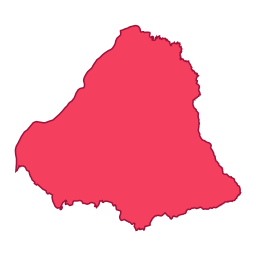 outline of Uruguaiana, Rio Grande do Sul, Brazil
{"feature_id": "56859067B5224515262933", "entity_name": "Uruguaiana", "entity_type": "district", "adm_level": 2, "iso_a3": "BRA", "parent_name": "Brazil", "parent_adm1": "Rio Grande do Sul", "projection": "equal_earth", "projection_center": [-56.694, -29.802], "detail": "fine", "context": "isolated", "style": "filled", "palette": "rose", "viewbox_px": 256, "rotation_deg": 0, "n_neighbors": 0, "source": "geoboundaries", "source_scale": "gbopen_adm2", "svg_char_len": 5827}
<svg xmlns="http://www.w3.org/2000/svg" viewBox="0 0 256 256"><path d="M179.6,46.6L179.5,45.6L180.0,44.8L179.7,43.4L179.2,43.8L178.7,43.0L177.4,43.6L177.4,42.5L176.3,43.4L175.5,43.6L174.7,43.1L174.3,42.4L173.8,43.2L173.1,43.2L171.8,43.6L171.5,45.2L170.6,45.4L170.5,44.7L170.0,43.8L169.6,41.8L168.9,41.6L168.0,40.9L166.9,39.4L166.2,39.2L166.2,40.1L165.7,39.7L165.3,38.4L163.7,38.5L162.5,38.1L162.1,39.0L161.4,39.3L160.5,38.1L160.1,38.6L159.6,38.6L159.5,36.0L157.6,36.9L156.9,38.0L156.6,37.0L156.2,38.1L155.6,37.6L155.3,38.2L155.1,39.0L155.2,39.8L154.8,40.3L153.2,40.2L153.0,39.1L152.3,39.7L152.0,38.0L152.4,37.4L153.3,37.9L153.4,37.0L152.6,36.4L152.0,36.4L151.1,37.4L150.5,37.2L149.9,36.7L149.6,36.0L149.6,35.3L150.0,33.6L149.8,32.5L147.4,32.2L144.4,32.4L143.5,31.7L141.2,32.0L140.6,31.6L140.0,28.9L139.0,27.1L138.2,26.3L136.6,25.7L135.1,25.6L129.8,26.9L127.4,28.3L125.8,28.6L122.2,30.2L120.5,30.6L120.5,31.7L120.8,33.0L120.5,35.1L117.1,38.1L115.8,40.8L115.5,42.5L115.0,44.2L113.9,46.2L112.3,48.5L110.5,49.7L108.1,50.8L104.7,53.1L102.6,54.8L99.7,57.8L97.0,59.7L93.4,65.0L91.8,68.0L87.7,71.7L86.2,74.0L84.5,77.1L83.8,79.2L83.6,81.0L84.1,82.3L84.5,84.3L84.4,86.3L83.8,87.7L80.1,88.5L78.1,89.9L76.1,93.1L75.2,95.7L74.3,97.9L71.9,101.0L69.6,102.5L68.3,104.0L67.4,105.6L65.1,107.8L62.5,111.0L59.3,114.4L52.9,120.1L49.3,121.2L45.4,122.7L43.8,122.8L36.1,121.6L33.3,122.7L27.2,130.0L24.4,132.0L21.4,136.5L18.2,142.9L16.3,146.2L15.4,149.9L15.6,153.8L16.5,158.6L16.5,163.1L15.9,171.3L17.3,170.1L18.2,168.0L18.8,167.5L19.2,165.9L19.8,166.5L20.4,166.6L21.1,166.1L22.9,165.9L24.9,166.8L25.9,168.3L26.4,169.6L26.9,170.4L29.1,171.4L29.4,173.3L30.2,175.9L31.4,177.8L32.1,179.8L34.8,182.2L34.4,183.5L36.6,185.0L37.5,184.3L43.1,189.4L45.9,190.6L46.1,191.4L46.5,192.5L47.5,193.8L48.8,193.7L49.3,193.1L52.4,195.0L52.4,195.7L52.0,197.3L52.8,201.1L55.2,206.4L56.5,207.6L57.8,208.2L58.3,207.9L59.4,207.8L60.2,207.9L60.2,209.4L60.8,209.6L61.4,209.2L62.2,207.8L62.1,207.0L61.0,207.3L60.9,206.5L61.6,205.8L61.8,204.6L62.6,203.0L63.5,201.9L64.0,201.7L65.5,200.3L66.2,200.5L66.6,201.3L65.8,201.6L65.3,203.6L65.6,204.4L67.4,203.7L69.8,205.5L70.6,205.3L72.3,204.7L72.7,204.0L72.7,203.1L72.9,202.2L73.7,201.1L74.7,200.9L77.3,200.9L79.9,200.5L81.0,200.8L81.8,201.3L83.0,203.4L83.9,203.3L84.6,203.4L87.1,204.2L89.0,203.7L90.5,202.7L91.5,202.5L94.3,203.2L95.3,204.6L94.7,206.4L95.3,206.6L95.9,205.9L96.5,206.2L96.6,207.3L97.8,206.1L99.0,204.1L99.5,202.4L99.6,201.5L100.0,200.9L101.3,201.1L102.3,200.6L102.6,202.2L103.3,202.4L104.3,201.5L105.6,201.2L107.0,201.2L108.5,201.6L110.2,202.1L112.0,202.9L112.4,203.5L113.0,205.3L113.6,205.9L114.2,205.7L114.6,205.0L115.2,205.0L115.7,205.5L116.0,206.6L116.3,209.2L116.7,209.7L120.4,210.8L120.8,211.9L120.8,212.7L120.1,215.5L119.7,216.3L119.7,217.1L120.0,218.7L120.9,220.1L121.6,220.4L124.3,219.5L126.8,221.0L127.8,221.4L128.7,222.0L130.0,222.3L131.7,224.1L132.6,224.2L133.2,223.6L133.8,223.3L134.6,223.4L134.7,224.3L134.2,226.4L135.7,229.1L136.1,230.4L137.2,230.1L138.3,228.7L139.0,228.2L139.5,228.4L139.6,229.4L140.4,229.5L142.8,228.8L143.9,230.0L144.4,229.1L145.0,226.5L145.5,226.2L146.5,226.2L150.0,225.2L150.1,224.4L150.0,223.2L150.7,221.6L151.8,219.9L152.1,218.9L154.7,216.3L155.9,215.7L156.5,215.9L157.1,215.4L157.8,215.3L160.8,215.9L162.0,215.6L165.1,212.9L167.2,215.3L168.2,216.1L169.1,216.4L170.5,218.5L171.2,219.0L172.0,218.4L172.9,216.5L173.7,216.1L176.0,216.8L177.4,216.7L178.1,215.7L179.1,215.1L183.6,214.0L184.3,213.5L185.4,213.4L186.1,212.2L186.5,210.4L187.1,210.1L188.0,209.3L189.6,209.5L190.4,209.3L191.8,208.2L193.0,208.2L194.1,207.9L195.0,207.9L196.9,208.6L197.8,208.1L198.7,208.0L199.8,207.3L200.9,207.3L201.8,207.9L202.9,209.0L203.9,209.3L204.6,208.8L205.4,208.8L206.1,209.1L208.4,209.1L210.3,207.8L211.3,208.2L212.2,208.3L213.6,207.3L215.9,207.7L217.9,206.7L218.8,205.9L219.9,205.6L220.3,204.7L221.6,204.7L222.3,203.7L223.6,203.3L225.2,201.9L226.4,201.8L227.3,202.0L228.0,201.4L228.6,201.8L229.2,201.4L231.1,201.0L232.1,201.4L232.7,200.7L234.6,200.4L235.7,198.8L236.6,198.3L236.7,197.4L237.8,196.0L238.4,194.7L239.5,194.8L240.6,192.6L240.1,192.3L240.1,189.0L239.7,187.7L239.6,186.9L238.9,186.0L237.5,185.3L237.0,183.7L235.9,182.5L235.2,182.1L234.4,180.2L234.1,178.9L232.4,177.9L231.5,177.8L231.2,176.8L230.4,177.0L229.3,176.8L228.0,175.4L227.3,175.0L226.8,174.2L224.6,174.3L223.5,173.8L222.7,172.8L222.8,171.3L222.4,170.3L222.6,169.1L222.1,168.7L222.1,167.9L220.0,166.1L219.3,165.7L218.8,164.8L218.7,163.9L217.0,161.7L216.2,161.2L215.8,160.5L215.7,159.8L215.3,159.0L215.1,156.9L214.8,156.0L213.8,154.8L213.7,153.3L213.5,152.6L212.6,151.1L212.2,150.2L210.8,148.3L210.7,147.4L211.2,145.5L211.0,144.8L210.1,143.6L209.0,142.8L206.7,142.2L204.6,140.7L202.4,140.0L201.1,138.3L200.0,136.4L199.6,135.3L199.8,134.0L199.1,132.8L198.4,130.9L198.3,130.1L198.8,127.0L198.8,125.4L199.4,123.3L198.8,122.1L198.8,120.6L199.0,119.8L198.6,119.0L198.1,116.4L198.4,113.2L197.0,111.5L196.3,111.0L196.1,109.5L194.0,107.8L192.9,104.6L192.8,103.4L193.1,102.2L193.0,100.4L193.4,99.9L194.1,99.6L194.7,99.8L194.8,98.9L195.3,98.3L196.6,97.9L197.6,96.7L198.9,96.1L199.2,94.6L200.2,94.7L199.7,92.4L198.8,90.7L198.7,89.7L199.4,87.0L199.3,86.1L197.8,84.2L196.6,83.8L196.3,83.2L197.2,82.0L197.3,80.8L196.6,80.7L196.1,80.3L196.3,78.7L197.6,75.2L197.2,73.8L196.7,74.2L196.3,74.9L196.4,73.6L195.9,72.9L194.9,73.1L194.4,71.4L193.0,70.4L192.5,70.7L192.2,69.8L191.6,69.3L191.3,68.6L191.8,67.6L190.9,66.2L190.5,65.0L188.8,62.4L188.6,61.1L187.3,61.3L186.5,61.7L185.9,60.8L185.4,61.2L184.0,60.8L183.1,59.2L182.2,59.0L181.6,58.5L181.5,59.3L180.7,59.7L180.2,59.0L180.6,57.0L180.7,56.0L180.1,55.7L180.0,54.6L180.7,53.1L180.1,52.6L180.7,51.8L181.3,52.0L181.6,51.4L181.2,49.6L181.7,49.3L181.7,48.5L181.1,47.8L181.0,46.7L180.4,47.0L179.6,46.6ZM197.6,75.2L198.0,76.1L198.4,75.7L197.6,75.2Z" fill="#f43f5e" stroke="#9f1239" stroke-width="1.5"/></svg>